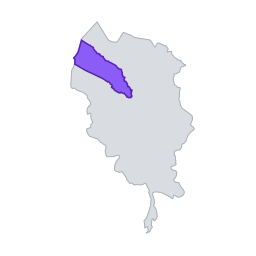 Afghanistan, with Hilmand highlighted, rotated 112°
{"feature_id": "AFG-1750", "entity_name": "Hilmand", "entity_type": "Province", "adm_level": 1, "iso_a3": "AFG", "parent_name": "Afghanistan", "parent_adm1": "", "projection": "equal_earth", "projection_center": [64.341, 31.376], "detail": "fine", "context": "in_parent", "style": "filled", "palette": "violet", "viewbox_px": 256, "rotation_deg": 112, "n_neighbors": 0, "source": "natural_earth", "source_scale": "10m", "svg_char_len": 7255}
<svg xmlns="http://www.w3.org/2000/svg" viewBox="0 0 256 256"><g transform="rotate(112 128 128)"><path d="M113.2,69.7L117.7,69.2L120.7,69.8L122.3,71.5L123.9,71.9L125.4,71.1L126.3,71.0L126.7,71.5L127.5,71.7L128.6,71.6L129.3,72.1L129.5,73.0L130.3,74.3L131.9,75.8L133.3,76.2L135.1,75.0L135.7,75.1L136.0,74.8L136.1,73.9L137.2,73.1L139.2,72.3L140.3,71.7L140.7,71.1L141.4,70.9L142.1,71.1L142.6,70.9L143.0,70.1L143.7,69.8L144.3,70.0L147.1,72.7L148.2,73.6L148.7,73.4L150.1,71.9L150.2,70.6L149.8,68.8L150.0,67.3L150.9,66.2L152.6,65.6L155.0,65.3L156.5,65.5L157.0,66.0L157.8,66.3L158.7,66.4L159.6,65.7L160.3,64.4L160.3,62.7L159.6,60.8L159.8,60.1L161.0,59.1L162.2,57.6L163.4,55.7L164.6,53.4L166.0,52.0L167.8,51.4L169.9,52.0L172.5,53.8L173.6,56.1L173.0,58.8L173.0,60.2L173.5,60.5L176.4,60.0L176.8,60.4L176.8,61.1L176.4,62.2L176.0,65.4L175.3,73.3L176.7,77.9L177.6,79.8L178.5,80.4L179.3,80.6L180.2,80.4L181.9,79.2L184.5,77.0L187.0,75.6L190.7,74.9L191.9,72.5L193.6,70.9L197.4,68.6L199.5,67.7L200.7,67.6L203.8,68.4L204.0,69.2L203.8,69.9L203.0,70.6L202.7,71.0L203.1,71.4L204.3,71.5L209.4,69.9L210.5,68.5L211.6,68.4L213.8,69.0L215.5,68.8L216.4,69.5L218.5,71.5L217.9,71.6L217.0,71.2L216.4,70.6L214.4,71.5L212.1,72.8L212.2,73.1L214.3,75.0L210.1,77.1L208.2,78.3L207.7,78.3L204.7,77.2L196.6,77.5L190.4,78.2L188.0,79.2L185.8,79.8L184.6,80.3L183.9,81.4L180.6,83.9L180.0,84.8L178.0,84.7L176.1,87.1L173.3,89.9L172.8,91.3L173.2,92.0L174.8,93.0L175.5,94.0L176.7,96.7L177.2,98.7L177.9,99.5L178.3,101.9L177.7,103.2L177.7,103.9L178.7,105.6L178.5,106.2L177.8,107.0L176.7,109.3L174.7,110.9L173.9,112.4L172.5,114.0L171.9,115.4L171.3,116.2L170.7,116.6L170.9,117.3L171.5,118.3L172.4,119.3L172.5,123.5L172.0,124.7L169.4,125.8L167.0,126.3L163.9,126.4L162.8,126.2L158.6,124.7L157.2,125.4L157.0,127.3L159.5,130.3L160.5,132.0L161.6,134.8L162.5,136.2L162.2,137.6L157.9,140.6L155.2,140.9L153.5,141.4L152.6,142.1L152.1,145.3L151.5,146.5L151.5,147.9L150.9,149.5L150.1,150.5L149.5,152.1L150.1,160.6L147.7,164.0L146.3,165.2L144.9,165.8L143.8,165.6L142.4,163.7L141.4,162.9L140.4,163.1L139.4,163.7L137.8,163.5L136.5,162.8L135.8,162.9L135.4,163.6L133.9,165.1L130.4,167.3L128.9,167.4L128.3,168.0L128.6,168.9L129.2,169.7L130.4,170.2L130.4,170.8L128.6,171.9L126.8,172.7L124.6,173.0L122.4,172.5L121.3,171.5L119.9,171.4L118.7,172.2L117.5,173.4L115.7,176.4L113.2,178.2L112.5,180.1L111.8,183.5L112.1,188.4L111.8,190.6L111.2,192.1L111.3,193.2L112.2,194.5L111.9,195.3L111.2,196.3L110.5,196.8L96.4,201.6L94.1,201.7L92.9,201.5L88.9,201.5L87.3,201.9L85.6,202.5L84.4,203.3L83.5,204.5L81.8,203.8L76.5,202.7L62.3,204.2L61.0,203.9L41.2,196.4L53.5,179.6L53.9,178.2L54.0,175.5L53.2,171.8L52.0,170.1L41.2,168.2L40.9,165.4L41.1,164.1L40.9,161.6L40.9,159.8L41.5,156.7L41.5,155.3L38.3,141.5L38.3,140.1L40.3,137.0L42.9,133.9L42.8,133.3L41.5,133.0L39.6,133.0L38.6,132.5L37.8,131.6L37.5,130.4L38.0,128.2L37.6,123.9L39.6,120.4L42.7,120.1L41.2,117.5L40.8,117.2L40.7,116.8L40.9,116.3L41.7,116.2L43.6,114.5L43.7,113.6L45.3,111.1L45.2,110.0L46.2,107.1L45.7,105.2L45.6,104.1L46.8,103.5L47.5,100.8L47.9,100.1L48.0,99.4L47.8,98.3L48.8,98.2L49.8,99.6L51.3,101.0L52.2,101.5L53.5,101.7L56.3,101.2L56.8,101.3L59.7,103.8L60.2,104.5L60.4,105.5L60.9,105.8L61.9,104.8L62.9,104.5L64.7,104.8L65.7,104.4L70.4,101.2L70.7,99.2L71.2,98.0L71.8,97.3L71.1,95.0L71.3,94.5L72.0,94.3L73.5,94.3L80.6,91.8L82.4,91.8L82.8,91.6L83.0,90.8L83.5,90.1L86.8,88.2L88.7,86.3L89.4,84.9L92.6,73.2L94.2,72.2L96.0,71.4L101.8,71.2L102.8,67.6L103.4,66.8L104.4,66.0L108.7,68.5L113.2,69.7Z" fill="#d9dde1" stroke="#a8b0b8" stroke-width="1"/><path d="M88.7,201.4L88.4,201.4L84.9,202.6L84.4,202.9L84.1,203.4L83.6,204.4L83.3,204.6L81.8,203.9L79.4,203.3L76.6,202.7L74.6,202.9L73.9,203.0L73.3,203.0L72.7,203.1L72.0,203.2L71.4,203.2L70.7,203.3L70.1,203.4L69.5,203.5L68.8,203.5L68.2,203.6L67.5,203.7L66.9,203.7L66.3,203.8L65.6,203.9L65.0,203.9L64.4,204.0L64.0,204.1L65.6,195.6L65.6,194.8L65.5,194.0L65.5,193.9L65.6,193.7L65.9,193.2L66.0,193.0L66.1,192.7L66.2,191.5L66.2,190.6L66.2,190.4L66.3,190.3L66.4,190.2L66.5,190.2L66.8,190.1L67.3,189.8L67.8,189.2L68.2,188.6L68.7,187.6L69.1,186.9L69.2,186.4L69.4,186.1L69.6,185.8L70.2,185.2L70.4,185.0L70.5,184.8L70.5,184.6L70.4,184.4L70.2,184.0L70.1,183.8L70.1,183.7L70.1,183.4L70.4,182.9L70.4,182.7L70.2,182.6L70.0,182.3L70.0,182.2L70.2,181.9L70.6,181.2L70.8,181.1L71.1,180.8L71.2,180.7L71.3,180.6L71.3,180.4L71.2,179.6L71.2,178.4L71.1,177.8L71.3,177.6L71.8,177.3L72.0,177.2L72.2,176.9L72.3,176.8L72.4,176.4L73.0,175.3L73.1,175.1L73.5,174.9L73.7,174.5L73.8,174.3L73.7,174.1L73.8,172.6L73.8,172.4L73.7,172.2L73.6,171.9L73.4,171.3L73.4,171.0L73.7,170.6L73.9,170.3L73.9,168.5L74.6,162.9L74.9,161.9L75.4,161.5L75.6,161.3L75.8,160.9L76.2,159.8L76.3,159.6L76.3,159.4L76.2,159.0L76.2,158.9L76.3,158.8L76.5,158.6L76.6,158.3L76.7,158.2L76.5,157.9L76.5,157.7L76.4,157.5L76.4,157.4L76.3,157.2L76.2,156.7L76.2,156.1L76.5,155.8L77.5,155.3L77.7,155.1L77.9,155.0L78.6,154.2L78.8,154.1L79.2,153.9L79.3,153.9L79.8,154.0L80.0,154.0L80.1,153.9L80.1,153.7L80.3,153.5L81.2,152.6L81.3,152.6L81.5,152.7L81.8,152.5L81.9,152.4L82.0,152.2L82.4,151.9L82.5,151.9L82.5,151.7L82.5,151.4L82.4,151.2L82.2,150.9L82.2,150.4L82.2,150.1L82.3,149.9L82.5,149.7L82.6,149.8L82.7,150.0L82.8,150.0L83.9,149.8L84.5,149.8L84.6,149.7L85.1,149.4L85.7,149.1L85.9,148.9L86.0,148.8L86.0,148.7L86.1,148.3L86.1,148.2L85.8,147.9L85.6,147.9L85.5,147.7L85.7,147.3L85.9,147.0L86.4,146.6L86.5,146.4L86.6,146.2L86.8,145.7L87.0,145.4L87.2,145.2L87.3,145.1L87.5,144.9L87.8,144.9L89.5,144.1L89.7,143.9L89.5,143.7L89.2,143.6L89.2,143.4L89.4,143.0L89.5,142.8L89.6,142.7L89.5,142.4L89.4,142.4L89.5,142.1L89.9,141.7L90.0,141.5L90.1,141.3L90.2,141.2L91.4,140.2L91.2,140.1L91.2,139.9L91.2,139.7L91.2,139.4L91.7,139.0L91.7,138.9L91.5,138.6L92.1,138.3L92.3,138.3L92.3,138.5L92.3,138.9L92.4,139.0L92.6,139.0L92.8,139.0L92.9,138.9L93.0,138.8L93.5,138.3L93.6,138.2L93.8,138.1L94.0,138.3L94.3,138.3L94.6,138.1L94.9,137.8L95.0,137.8L96.1,137.2L96.3,136.9L96.5,136.7L97.0,136.3L97.3,136.3L97.8,136.3L98.1,136.7L98.3,136.8L98.8,136.8L98.8,137.0L98.8,137.3L99.1,138.0L99.4,138.4L99.5,138.5L99.7,139.0L99.6,139.3L99.6,139.5L99.6,139.8L99.5,140.0L99.5,140.3L99.5,140.6L99.5,140.9L99.2,140.9L99.1,141.0L98.8,141.3L98.7,141.4L98.7,141.5L98.7,141.8L98.7,142.0L98.5,142.3L98.3,142.4L98.2,142.6L97.4,144.2L97.4,144.3L97.5,144.4L97.5,144.5L97.7,144.8L97.7,145.0L97.6,145.7L97.6,145.9L97.6,146.0L97.7,146.3L97.6,147.3L97.3,147.8L97.5,148.0L97.8,148.1L98.0,148.1L98.2,148.3L98.3,148.4L98.5,148.5L98.7,149.4L98.8,149.8L98.8,150.0L98.7,150.3L98.5,150.6L98.4,150.7L98.4,150.8L98.5,150.9L98.5,151.1L98.5,151.3L98.6,151.6L98.6,151.9L98.6,152.0L98.5,152.3L98.3,152.7L98.2,153.1L98.1,154.0L97.9,154.9L97.9,155.0L97.6,155.2L97.2,155.6L97.2,155.8L97.1,156.1L97.0,156.4L97.0,156.6L96.9,156.8L96.7,156.9L96.8,157.0L96.8,157.3L96.7,157.6L96.6,158.4L96.5,158.5L96.4,158.6L96.2,158.6L95.9,158.6L95.7,158.5L95.5,158.4L95.4,158.3L95.2,158.3L94.8,158.6L94.5,158.7L94.4,158.8L94.2,159.0L94.1,159.5L94.0,160.0L93.9,160.7L93.9,160.8L93.7,161.1L93.1,161.7L93.0,161.8L92.8,162.0L92.7,162.1L92.7,162.3L92.4,163.7L92.4,163.9L92.5,164.0L92.7,164.3L92.8,164.3L92.7,164.6L92.5,166.1L92.3,166.8L91.9,168.4L91.7,169.4L91.5,172.1L91.5,172.7L90.9,181.2L90.7,186.8L90.4,190.1L88.7,201.3L88.7,201.4Z" fill="#8b5cf6" stroke="#5b21b6" stroke-width="1.5"/></g></svg>